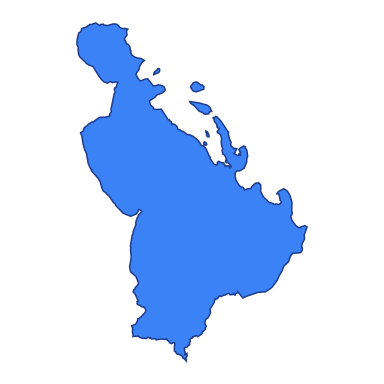 Central Malekula, Malampa, Vanuatu
{"feature_id": "77236927B27410418950848", "entity_name": "Central Malekula", "entity_type": "district", "adm_level": 2, "iso_a3": "VUT", "parent_name": "Vanuatu", "parent_adm1": "Malampa", "projection": "robinson", "projection_center": [167.441, -16.165], "detail": "fine", "context": "isolated", "style": "filled", "palette": "blue", "viewbox_px": 384, "rotation_deg": 0, "n_neighbors": 0, "source": "geoboundaries", "source_scale": "gbopen_adm2", "svg_char_len": 5992}
<svg xmlns="http://www.w3.org/2000/svg" viewBox="0 0 384 384"><path d="M307.1,227.0L304.9,225.6L301.3,226.8L300.0,227.9L298.8,227.7L295.6,225.4L291.9,220.2L290.8,216.5L292.4,213.4L291.7,210.0L292.0,202.3L290.0,195.5L287.6,191.4L285.6,189.7L283.8,188.8L282.9,189.1L279.3,191.0L277.3,192.7L276.8,193.8L278.9,194.1L280.3,200.6L281.2,201.5L281.1,202.6L279.3,204.4L275.5,204.0L274.7,204.6L272.8,203.4L269.2,202.5L263.4,196.8L260.5,191.3L260.9,189.3L260.6,184.7L258.5,182.6L257.7,183.4L256.2,182.9L254.6,183.9L251.5,187.0L250.9,188.6L248.1,188.6L244.5,190.0L243.5,187.7L240.3,186.5L238.2,184.0L235.9,179.9L235.1,176.4L235.3,172.7L236.6,170.9L239.7,170.9L244.1,168.3L246.6,162.3L246.9,158.1L247.7,156.3L246.8,150.0L244.4,146.8L244.9,146.5L243.6,146.0L241.0,147.4L238.9,149.4L239.7,151.3L240.6,151.9L240.0,153.1L239.0,153.6L238.8,154.9L240.2,154.3L240.5,155.4L239.3,155.1L237.8,155.5L233.8,153.5L235.5,151.9L235.6,150.8L236.9,148.9L235.4,148.3L234.3,148.9L231.1,146.0L230.8,144.5L231.1,142.5L230.0,140.2L228.3,134.6L228.6,132.0L227.6,131.2L220.7,120.7L216.8,116.8L215.5,116.4L214.5,117.8L213.3,117.5L213.0,118.0L214.2,119.5L214.3,121.3L216.4,123.9L217.3,127.6L219.2,128.3L219.1,129.3L217.1,131.7L217.6,132.8L219.8,134.1L221.3,136.6L221.5,140.6L221.2,141.9L221.6,145.5L222.7,148.9L222.1,150.2L222.8,154.2L223.6,154.3L225.0,155.9L226.7,159.6L227.0,160.8L226.6,159.9L225.8,160.0L225.5,161.8L226.7,162.7L227.4,162.1L231.0,165.6L231.0,166.7L230.4,166.4L229.9,167.6L228.8,165.8L226.3,165.9L225.4,166.6L223.7,162.8L222.4,162.9L218.6,161.3L217.3,162.4L217.2,163.1L217.8,164.1L217.0,164.9L215.4,164.8L213.7,163.9L210.1,158.4L210.4,157.6L209.0,155.5L205.7,148.1L203.1,145.7L201.2,145.4L199.7,142.6L197.7,140.0L192.9,136.2L190.1,134.9L187.2,134.5L183.0,131.3L182.2,131.4L179.4,129.5L178.1,129.6L176.8,126.1L174.8,124.6L172.9,123.8L171.8,124.4L171.2,121.7L170.0,121.1L169.4,119.8L168.6,120.1L168.2,119.7L161.3,109.2L156.2,109.5L153.6,109.0L153.5,107.7L150.9,105.3L150.0,103.7L149.5,100.1L149.8,100.6L154.5,97.6L157.2,94.8L161.6,93.3L165.0,90.6L165.1,89.2L164.2,87.0L162.2,85.6L158.4,84.8L154.6,86.0L153.2,85.8L147.6,78.7L144.2,79.4L140.8,80.9L140.0,80.7L137.9,78.1L136.1,74.7L136.1,73.7L138.9,69.8L139.6,66.4L141.8,62.6L144.4,60.5L140.8,58.4L137.4,58.0L134.5,56.9L131.9,55.1L130.9,52.8L130.9,50.5L129.9,49.8L130.2,49.1L129.8,46.6L128.0,44.3L126.5,43.9L125.4,40.6L124.8,40.2L124.7,38.2L127.1,34.9L126.4,31.0L127.9,29.2L125.8,28.5L122.0,28.5L119.4,27.1L119.3,26.4L117.3,24.6L116.1,24.1L113.1,23.9L107.5,25.6L103.6,24.9L103.4,24.2L100.4,24.5L99.5,25.4L95.9,23.0L93.2,23.7L91.9,24.5L89.9,24.4L86.1,27.2L81.8,28.5L80.9,31.6L78.8,32.8L77.1,39.6L76.9,42.9L77.0,44.8L78.2,47.2L78.1,50.4L78.7,54.7L80.1,57.3L85.2,61.9L86.2,63.3L89.7,65.5L92.1,66.1L93.5,67.3L98.6,75.7L101.7,79.8L104.3,82.1L107.3,83.2L109.9,81.6L112.8,82.7L115.6,81.9L118.0,82.4L117.0,84.1L116.4,87.0L114.7,88.0L114.3,89.0L115.2,92.0L114.2,93.7L111.0,109.1L111.2,111.9L109.6,114.2L110.0,115.0L109.6,116.0L105.3,117.2L100.2,117.2L98.6,117.9L93.3,121.8L91.7,122.1L88.9,123.9L84.2,127.8L83.0,131.2L80.5,132.7L81.8,135.9L83.4,145.4L84.7,149.8L86.4,153.2L88.2,163.5L90.6,168.8L91.8,169.6L91.3,170.1L92.2,171.7L97.9,178.1L100.1,181.7L102.0,188.3L103.4,191.2L105.8,192.7L106.6,194.0L109.0,195.9L113.5,202.6L115.0,203.8L116.0,205.8L123.3,213.3L130.6,216.3L136.2,214.0L138.1,211.5L138.6,209.5L140.6,210.1L141.7,211.6L138.4,215.3L138.1,216.7L137.0,218.3L135.8,222.3L135.9,224.7L133.2,231.5L132.9,234.4L132.2,235.0L130.4,246.3L130.8,247.7L130.5,249.5L131.2,257.4L129.6,266.8L130.5,271.7L136.0,276.6L138.5,282.8L138.5,283.6L136.2,286.9L135.3,287.3L135.0,289.2L133.8,289.7L133.1,291.9L135.0,293.9L137.8,299.9L137.9,301.4L137.1,301.7L137.4,302.4L137.0,303.2L137.3,304.1L138.5,305.0L140.3,305.5L141.4,306.6L144.7,307.6L145.8,310.4L145.2,312.4L140.8,317.1L138.7,318.6L137.9,318.6L137.5,320.6L136.2,323.5L134.8,324.6L131.6,325.8L131.6,326.3L132.8,327.7L132.4,329.1L132.8,329.8L132.3,331.3L133.2,335.3L132.9,336.5L138.5,336.1L139.5,337.3L142.9,338.3L146.6,338.5L147.8,337.3L148.5,337.3L149.8,338.3L150.2,337.8L152.0,339.0L155.3,338.7L156.3,339.9L160.6,339.0L164.1,339.4L167.0,339.1L167.3,340.3L168.9,341.4L169.5,342.7L171.6,343.7L173.2,342.6L174.4,342.7L174.9,343.8L174.3,347.4L174.5,351.4L176.0,352.1L176.3,353.4L177.7,354.4L178.7,354.1L182.5,356.3L182.9,358.1L184.0,358.5L186.3,361.0L186.0,358.0L187.3,355.5L186.9,355.0L186.9,353.4L185.0,354.6L184.7,353.9L185.2,352.1L184.4,350.6L184.7,349.4L184.3,348.4L185.1,347.3L186.8,347.3L187.6,346.6L187.7,345.8L189.4,344.9L189.8,344.2L189.4,342.8L190.2,341.7L190.0,339.3L191.4,338.1L192.0,338.2L192.9,337.6L192.8,336.6L196.8,335.7L197.5,336.6L198.4,336.2L201.5,334.2L202.5,332.9L202.6,331.5L203.4,331.3L205.4,329.2L205.3,327.9L206.2,326.3L204.8,323.0L205.4,320.1L206.5,318.7L207.9,318.0L210.3,313.3L210.6,312.4L210.0,309.2L214.3,302.3L214.9,298.9L215.8,299.3L216.9,298.9L218.5,297.6L218.4,296.7L219.4,295.9L221.4,296.5L223.4,295.2L225.0,295.1L226.5,294.0L229.0,293.5L230.1,294.8L232.9,294.5L233.5,293.7L234.5,294.9L235.2,295.0L235.5,293.8L237.4,292.8L237.7,291.8L242.9,298.0L246.2,296.4L257.8,292.4L265.6,291.8L271.7,287.6L277.1,280.5L279.7,274.7L282.0,271.1L283.9,266.0L288.6,261.7L290.4,256.3L292.4,253.4L300.6,252.7L302.3,250.1L302.4,248.0L301.7,246.5L302.3,243.2L304.5,239.2L304.2,234.9L307.1,227.0ZM189.7,101.5L190.5,103.1L194.8,106.3L199.2,111.2L203.1,112.8L204.0,113.9L205.8,114.4L206.9,113.8L208.2,114.0L208.8,113.7L209.3,112.0L211.6,111.4L210.1,107.6L207.3,105.2L198.9,102.9L189.7,101.5ZM196.3,91.9L203.7,89.2L204.0,86.7L202.2,84.9L201.0,85.1L197.5,82.4L196.1,81.9L193.3,82.8L190.8,86.3L190.6,87.4L193.0,90.9L196.3,91.9ZM158.8,72.5L159.5,71.3L159.7,69.5L159.3,68.7L157.9,68.6L157.5,69.5L154.4,72.2L153.8,73.3L153.7,74.7L158.8,72.5ZM207.3,136.6L208.7,137.0L209.1,136.5L208.9,135.0L207.6,132.1L205.9,131.0L206.0,132.9L207.0,133.5L206.5,135.4L207.3,136.6ZM204.4,141.9L203.5,143.0L203.7,144.2L205.1,145.2L206.5,144.9L206.8,144.3L206.4,143.2L205.0,141.9L204.4,141.9Z" fill="#3b82f6" stroke="#1e3a8a" stroke-width="1.5"/></svg>